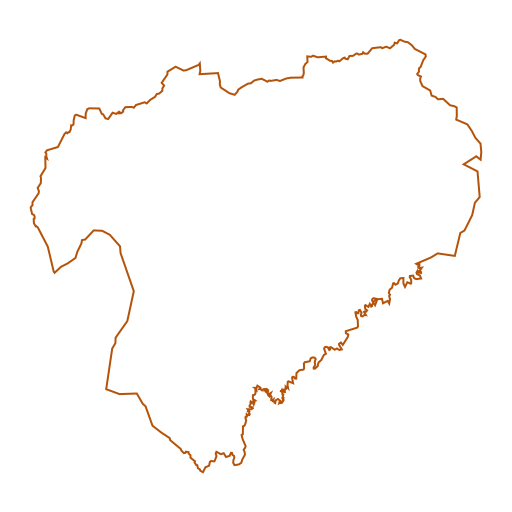 outline of Tlatlaya, México, Mexico
{"feature_id": "50627088B20877208708559", "entity_name": "Tlatlaya", "entity_type": "district", "adm_level": 2, "iso_a3": "MEX", "parent_name": "Mexico", "parent_adm1": "México", "projection": "natural_earth1", "projection_center": [-100.235, 18.522], "detail": "fine", "context": "isolated", "style": "outline", "palette": "amber", "viewbox_px": 512, "rotation_deg": 0, "n_neighbors": 0, "source": "geoboundaries", "source_scale": "gbopen_adm2", "svg_char_len": 5969}
<svg xmlns="http://www.w3.org/2000/svg" viewBox="0 0 512 512"><path d="M57.9,147.0L47.0,150.3L45.4,152.4L46.3,153.5L46.3,156.4L47.0,158.6L45.3,157.4L45.5,168.0L40.5,176.2L41.0,178.0L40.8,183.1L37.7,187.9L38.9,191.2L38.6,193.3L32.5,202.2L32.5,205.2L30.8,207.1L30.7,208.0L32.1,214.0L34.1,215.1L34.6,216.5L34.6,218.5L33.7,219.0L33.9,223.2L35.7,226.3L36.1,226.0L37.8,227.4L47.8,246.7L53.7,271.5L54.6,272.8L61.0,266.8L67.7,263.4L75.5,257.9L77.3,251.8L81.4,243.5L82.0,240.1L85.2,239.5L93.7,230.4L102.2,230.8L109.8,234.8L120.0,246.3L120.6,253.2L133.8,291.2L127.3,321.1L115.6,337.7L115.4,343.1L112.2,348.6L106.2,389.2L119.5,394.1L136.8,393.5L142.8,403.9L145.5,406.2L152.5,425.7L161.2,432.5L169.7,438.1L170.2,440.2L180.6,448.8L181.3,450.5L183.8,453.1L185.3,452.9L185.8,451.7L188.5,452.1L188.6,453.5L190.5,455.3L190.5,457.7L195.0,461.3L194.6,462.6L196.3,465.1L197.3,465.2L197.9,468.2L199.8,469.3L200.2,470.6L203.0,472.2L205.4,467.3L209.1,465.7L209.9,461.8L211.1,461.0L214.2,461.4L214.8,460.6L216.5,456.1L215.7,453.7L216.4,451.8L220.9,454.2L223.7,453.2L226.0,457.0L229.6,455.9L231.0,452.8L232.0,452.9L232.5,454.9L234.1,456.0L234.3,457.6L233.4,460.2L233.2,462.8L234.5,465.1L238.7,464.5L241.3,462.8L242.2,459.7L244.9,454.8L244.7,452.3L243.7,449.7L245.3,447.5L245.6,446.0L242.6,439.1L241.6,435.0L242.8,434.3L243.0,426.3L244.3,425.8L245.2,424.2L246.2,420.3L245.4,418.2L245.6,417.0L246.5,416.9L246.7,414.4L247.7,415.3L248.4,414.5L249.3,415.0L249.7,414.3L249.0,412.0L249.4,411.6L249.1,411.0L247.9,411.2L248.2,410.1L247.6,409.2L251.2,409.3L252.8,408.3L252.5,407.3L249.7,406.9L249.5,405.9L251.0,403.3L250.4,402.7L250.7,401.4L252.8,402.7L253.7,404.5L254.5,402.3L253.8,401.0L255.3,400.6L254.5,400.0L253.4,400.6L252.8,397.3L253.0,395.1L254.6,394.8L255.5,393.4L255.4,390.0L256.4,390.6L256.2,389.1L254.7,387.9L256.6,387.9L257.4,385.7L260.3,387.6L259.3,389.1L260.7,389.0L261.8,390.3L262.5,390.4L263.3,389.2L265.4,389.0L265.1,390.0L265.9,389.5L265.9,390.9L268.0,388.9L266.6,391.8L266.8,392.3L267.9,391.7L267.6,393.5L268.1,395.2L269.2,396.2L269.2,393.9L270.9,392.9L270.1,394.6L271.6,397.0L271.2,400.1L272.4,400.3L273.4,399.5L272.9,401.2L274.4,401.4L274.4,402.6L275.2,403.1L275.8,400.3L277.9,399.0L280.0,400.6L279.2,403.2L281.0,402.2L280.9,403.0L282.0,402.8L283.6,400.2L283.5,399.6L282.9,399.7L283.4,397.9L282.4,397.8L283.3,394.9L282.4,394.4L282.7,393.0L281.5,392.8L282.0,392.8L282.2,391.7L280.1,391.0L281.6,390.8L281.9,390.1L282.2,391.0L283.4,391.0L283.4,389.7L284.5,389.7L284.9,393.1L284.8,389.4L285.5,388.9L285.6,386.9L286.5,388.1L287.0,386.9L288.1,388.1L287.5,384.9L287.8,381.7L288.4,381.3L293.1,383.2L292.1,377.8L292.5,376.9L293.8,376.9L295.1,378.6L296.2,378.6L296.5,373.0L299.5,370.2L303.5,369.6L304.1,368.3L303.9,363.5L304.8,362.2L309.7,361.3L310.7,358.3L312.5,357.4L314.7,357.7L315.7,359.0L314.7,361.9L315.2,364.8L313.6,367.7L313.7,368.6L314.8,368.7L317.7,366.1L318.5,362.5L321.3,360.0L323.9,354.9L325.9,353.8L324.1,348.6L324.8,347.2L326.2,346.8L327.7,347.3L329.3,350.0L330.1,349.5L329.7,347.5L330.8,347.1L334.8,349.7L336.9,348.5L339.4,350.0L341.8,349.4L339.0,344.7L339.1,343.8L340.9,342.5L342.8,344.9L347.8,336.9L348.3,334.5L345.9,333.2L345.8,331.2L357.0,327.7L358.0,326.5L357.7,320.0L356.2,316.7L355.4,312.3L356.3,312.1L357.3,313.3L358.4,313.2L358.8,310.3L359.9,309.9L361.5,312.7L360.8,315.0L361.1,316.0L362.7,316.4L364.4,314.9L365.9,315.1L364.0,311.9L364.7,311.4L366.1,311.7L367.1,310.4L365.2,308.8L364.9,305.6L365.5,305.1L368.4,306.9L369.8,303.9L371.2,306.6L372.1,306.0L372.1,304.5L373.5,303.0L375.1,305.2L376.8,300.6L375.3,300.0L373.0,302.4L372.0,300.1L372.5,298.9L373.6,298.2L378.4,299.2L382.0,298.8L383.0,303.3L387.7,300.9L389.2,303.5L390.0,299.2L389.1,296.0L390.0,294.8L388.8,292.9L389.7,289.6L392.0,287.8L393.2,283.3L394.0,283.1L395.4,284.7L397.8,283.5L398.9,280.3L400.3,278.3L403.4,278.0L403.4,283.4L405.0,286.9L407.3,282.3L410.8,283.7L411.2,283.1L411.2,279.8L409.7,277.0L409.9,276.0L413.1,275.6L414.2,278.2L416.3,279.1L421.1,278.5L419.9,275.4L417.0,274.1L416.5,272.6L417.6,270.7L418.6,272.5L421.0,273.0L421.1,272.2L419.8,270.6L421.8,267.7L419.4,268.2L418.4,267.8L418.2,266.9L419.4,266.0L419.4,264.2L417.5,264.7L416.2,263.8L431.1,257.4L437.7,253.4L454.8,255.9L460.3,233.0L464.5,230.5L472.2,215.1L474.9,202.8L479.7,197.0L477.5,171.4L463.7,164.3L476.3,156.3L480.6,159.7L481.3,152.1L480.5,143.6L475.3,137.7L471.9,131.1L467.4,124.4L456.2,119.6L456.8,116.0L456.7,107.5L454.1,106.1L450.1,105.3L443.1,98.8L438.0,99.3L435.4,96.9L431.6,95.6L430.2,90.5L422.5,86.1L420.3,81.2L420.1,79.0L420.9,76.5L417.7,75.0L417.2,74.0L418.9,71.7L419.0,68.4L420.6,67.0L423.3,60.1L425.8,56.5L425.5,54.4L414.9,49.0L411.7,45.1L407.8,42.2L404.3,41.6L400.4,39.8L399.2,40.1L397.1,43.4L394.7,42.7L394.1,44.8L390.0,48.3L386.3,46.7L382.1,48.2L380.8,47.2L372.2,48.2L367.6,53.7L364.8,53.7L363.1,52.3L362.4,53.8L358.9,54.6L357.1,53.5L356.2,53.6L353.2,55.8L349.5,56.0L347.7,59.3L345.3,58.7L344.7,57.6L343.2,58.1L339.4,61.3L337.9,60.7L336.0,61.6L334.6,61.3L333.0,62.6L332.0,61.0L330.1,60.8L325.9,58.2L326.0,56.6L317.6,57.3L313.1,55.7L311.1,56.8L307.3,56.4L307.5,62.0L305.2,64.1L303.5,67.5L303.8,73.1L303.2,75.6L302.3,76.5L302.5,77.5L290.9,77.7L286.2,78.5L279.9,81.0L276.6,79.9L270.8,80.9L269.2,80.5L267.4,81.7L261.8,78.8L257.3,79.6L254.1,80.6L250.9,83.3L248.1,83.6L241.4,87.4L238.3,89.6L237.2,92.0L234.7,94.8L229.4,93.2L220.7,87.5L219.8,84.3L220.0,81.4L218.0,73.1L199.6,74.2L200.3,70.7L199.8,63.4L198.7,64.9L186.2,70.2L183.6,70.6L175.6,66.7L167.5,71.7L167.4,74.5L161.7,82.8L164.1,85.6L162.4,88.4L162.3,90.9L159.1,93.6L156.8,94.0L155.1,96.8L150.3,99.8L146.7,103.4L144.6,102.3L136.0,105.0L133.8,107.7L131.9,106.9L125.3,107.2L123.0,110.3L123.2,111.6L121.2,113.2L119.4,113.3L119.9,112.4L119.1,111.7L116.2,113.9L112.6,112.7L108.2,119.0L105.5,118.4L103.2,114.4L101.8,113.9L99.3,108.5L89.1,108.3L87.3,109.2L85.7,113.5L85.6,118.1L76.2,114.7L74.8,115.5L73.7,120.1L73.5,124.4L72.1,125.5L71.2,125.3L70.7,129.5L69.5,132.1L68.4,132.1L67.4,133.3L66.1,132.4L64.5,134.0L57.9,147.0Z" fill="none" stroke="#b45309" stroke-width="2"/></svg>